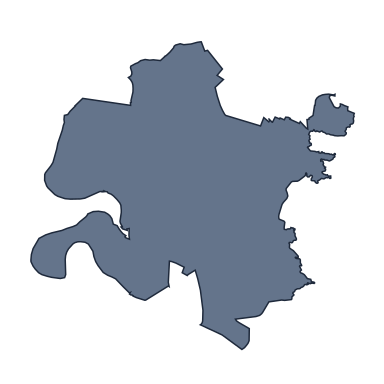 Tlacojalpan, Veracruz, Mexico (Natural Earth projection), rotated 277°
{"feature_id": "50627088B3891560925219", "entity_name": "Tlacojalpan", "entity_type": "district", "adm_level": 2, "iso_a3": "MEX", "parent_name": "Mexico", "parent_adm1": "Veracruz", "projection": "natural_earth1", "projection_center": [-95.942, 18.194], "detail": "fine", "context": "isolated", "style": "filled", "palette": "slate", "viewbox_px": 384, "rotation_deg": 277, "n_neighbors": 0, "source": "geoboundaries", "source_scale": "gbopen_adm2", "svg_char_len": 6060}
<svg xmlns="http://www.w3.org/2000/svg" viewBox="0 0 384 384"><g transform="rotate(277 192 192)"><path d="M120.1,317.1L123.6,313.6L124.6,311.6L124.9,310.0L125.8,309.0L126.5,309.0L127.9,310.1L131.3,307.8L132.0,308.0L132.2,309.7L132.6,309.8L134.8,308.2L137.8,307.8L138.6,307.2L138.8,306.5L138.7,304.1L139.1,302.8L139.7,302.5L139.9,302.7L139.8,305.2L140.2,305.4L141.3,305.2L146.1,299.8L148.0,296.0L149.0,295.4L151.8,295.3L152.8,294.6L153.7,294.7L154.0,295.7L153.7,296.7L154.1,297.8L156.1,298.6L156.6,299.6L156.8,301.0L157.7,301.4L158.6,301.2L161.0,299.6L163.5,299.3L164.0,298.4L164.5,298.1L165.5,298.0L166.0,298.4L166.7,297.5L167.0,297.6L167.1,298.6L167.7,298.8L168.7,296.5L168.4,296.2L168.8,294.5L167.8,294.2L167.3,293.7L167.1,292.0L166.8,291.0L166.1,290.3L166.2,288.2L167.6,287.8L173.3,287.8L174.3,286.8L175.6,282.0L176.4,281.4L178.6,281.0L180.6,281.1L190.7,282.9L192.9,284.0L197.1,286.9L199.7,287.6L202.6,286.6L205.4,285.1L207.0,285.1L214.1,289.4L214.8,290.6L215.6,295.4L216.6,296.9L221.6,302.0L222.6,302.6L224.5,302.6L224.8,303.0L224.3,303.6L221.8,304.1L221.1,304.9L221.2,306.3L223.1,307.8L222.9,309.0L222.3,309.5L221.3,309.6L219.7,308.8L218.2,308.9L217.9,309.4L218.0,312.4L216.5,313.4L215.9,314.7L216.1,315.6L216.6,316.0L217.9,315.5L218.6,315.6L219.4,317.1L221.2,318.8L221.1,321.4L222.7,323.4L222.6,324.7L223.1,325.7L223.0,326.2L222.3,326.9L222.4,327.8L222.7,328.1L224.8,327.7L224.4,325.6L224.8,324.8L225.6,324.3L225.2,322.9L225.6,321.8L225.7,320.5L227.0,318.7L228.0,318.8L229.1,321.6L230.2,321.9L231.0,321.8L231.9,320.7L232.9,321.5L233.3,320.3L235.0,318.8L236.4,319.1L238.5,318.2L238.7,316.9L238.3,316.1L239.4,315.8L240.1,315.9L240.5,316.5L240.2,317.5L240.4,319.1L239.9,319.9L240.1,322.2L239.6,324.1L239.6,324.7L240.2,325.7L241.8,327.8L243.5,328.3L244.0,329.3L244.6,329.5L245.7,328.8L246.8,329.7L247.4,329.5L247.6,329.0L246.1,327.5L246.0,327.0L246.6,325.5L246.1,324.3L246.7,323.3L246.4,319.2L247.1,318.2L246.7,317.2L247.7,316.3L247.5,315.6L246.4,315.4L246.2,314.8L246.4,313.2L247.6,312.9L246.9,310.8L247.3,309.2L247.2,304.8L247.5,304.2L250.4,301.2L250.8,301.3L251.3,302.6L252.2,303.1L252.7,304.3L253.3,304.7L254.6,304.4L254.9,304.0L255.0,302.7L255.8,302.7L257.0,301.8L257.8,301.9L258.8,302.8L260.2,302.0L262.2,302.2L263.3,300.8L265.8,301.5L266.9,302.6L267.0,304.4L268.7,305.3L268.6,305.7L267.6,306.2L267.1,307.2L267.1,307.7L267.8,308.4L267.1,311.4L268.3,313.0L268.3,313.8L267.4,314.8L267.2,316.4L266.0,318.4L266.3,320.7L265.7,322.4L265.6,325.7L265.3,326.3L265.4,329.8L266.1,333.3L266.3,336.1L267.7,337.5L268.6,338.0L269.7,337.8L270.6,336.6L271.6,336.7L272.7,337.4L274.6,337.4L275.7,339.0L275.6,340.6L276.6,341.0L278.0,340.6L278.7,341.5L279.2,343.0L280.2,343.7L282.3,343.8L284.2,343.2L285.8,343.3L286.7,343.7L287.9,343.1L289.8,343.5L291.7,336.7L293.7,336.3L295.5,336.4L296.3,332.9L297.2,330.5L297.5,328.5L295.1,328.7L293.2,327.1L293.1,324.8L294.0,322.6L302.3,316.8L304.2,316.9L305.1,318.8L304.7,322.1L306.4,322.0L305.6,320.6L305.8,315.7L305.1,312.3L304.3,309.6L302.3,306.2L300.4,304.5L298.1,303.5L293.0,303.6L292.9,303.1L282.7,302.8L279.5,299.1L278.4,299.2L277.9,297.3L268.6,299.2L269.2,297.8L275.0,290.9L273.1,290.2L276.2,280.2L277.0,280.6L277.8,278.5L277.7,275.9L274.9,274.8L276.2,270.4L275.2,270.1L276.5,265.4L271.1,263.4L271.2,262.8L274.3,258.9L272.9,260.5L271.0,259.7L274.6,254.2L265.9,252.0L272.1,216.1L273.0,215.0L276.6,212.4L281.3,209.5L290.2,205.4L298.7,202.2L307.5,209.5L310.8,202.7L317.8,207.2L334.5,190.2L333.4,187.5L342.2,182.9L342.0,181.8L341.2,178.9L338.8,173.1L337.2,165.9L337.7,162.2L335.8,157.7L334.5,156.5L332.8,156.1L328.1,153.0L324.3,149.8L323.3,148.4L323.1,148.5L318.6,144.6L318.5,137.5L317.7,134.0L317.8,129.3L316.1,125.0L313.7,122.5L312.5,120.2L309.4,115.9L307.8,115.8L303.9,117.6L301.7,117.9L299.5,117.1L297.9,114.9L295.9,117.4L293.3,119.4L290.9,120.3L287.5,120.9L284.0,121.2L275.4,120.3L273.7,120.8L273.4,120.6L273.3,120.0L270.5,120.5L271.6,72.1L263.3,65.4L263.1,65.7L257.3,61.2L253.7,59.2L252.5,56.0L248.4,56.1L245.3,56.9L242.4,56.2L237.4,55.7L224.0,52.9L218.1,52.5L204.4,50.4L200.7,48.7L193.2,44.2L191.4,43.7L185.6,44.3L180.3,47.0L178.5,48.6L172.8,56.1L171.4,59.3L169.9,66.8L170.1,72.2L171.5,82.0L172.8,86.4L181.3,100.6L181.3,102.2L181.6,102.6L181.2,102.9L182.0,104.1L181.4,104.6L181.9,105.3L182.2,105.1L181.8,106.4L181.9,107.8L180.8,108.8L180.0,112.0L178.5,114.6L175.4,118.5L172.3,121.7L170.2,123.0L165.5,124.0L162.9,124.3L154.2,124.1L152.4,124.7L149.0,127.1L148.6,125.8L146.9,127.7L146.0,132.4L147.4,131.9L148.1,134.1L141.4,134.7L137.5,135.7L138.4,132.1L139.3,130.9L140.6,131.7L142.3,128.4L144.0,126.5L146.5,124.1L149.5,121.8L150.5,117.8L155.8,115.7L158.5,113.3L159.9,111.1L161.3,107.8L161.5,101.5L160.5,96.3L157.5,91.2L156.1,90.8L154.3,89.6L148.8,84.3L145.2,81.5L143.2,78.1L140.6,72.3L138.0,67.6L134.4,57.9L131.6,52.0L127.3,45.8L116.5,41.2L110.5,40.2L104.9,40.4L103.2,40.7L99.1,43.3L96.4,45.8L93.2,49.6L91.7,53.1L90.7,58.7L90.2,63.1L90.1,71.8L91.5,76.0L94.6,76.7L109.5,74.4L113.5,74.3L117.2,75.0L120.6,76.4L125.9,80.1L127.4,81.8L128.7,84.8L129.1,87.8L129.1,92.0L127.7,95.5L121.1,100.9L116.0,102.5L111.2,104.9L107.4,107.8L101.3,113.7L99.1,118.5L97.9,122.9L96.5,126.8L89.3,135.6L84.2,142.2L84.7,143.0L83.1,142.4L82.4,143.8L82.4,145.1L81.9,146.3L81.5,146.2L80.4,149.7L78.8,158.4L79.1,159.3L95.8,180.0L95.4,180.8L99.5,179.5L120.6,178.0L120.5,180.3L119.5,184.7L116.4,193.4L110.7,192.1L108.5,197.5L109.6,198.2L114.8,204.7L106.5,208.3L95.6,212.3L75.9,217.3L65.3,218.3L63.6,218.1L61.7,217.1L61.2,216.5L53.8,239.3L41.8,260.7L43.9,263.1L46.5,264.8L48.6,266.0L51.3,266.8L63.4,265.5L68.1,254.5L69.5,251.9L71.1,250.6L76.2,270.7L77.8,274.2L79.6,275.9L81.1,276.8L92.3,281.7L95.7,294.2L95.7,297.1L97.3,303.7L97.9,304.1L100.3,304.0L101.9,305.6L102.5,305.6L103.7,304.4L104.6,304.5L105.6,305.9L107.4,306.4L108.8,308.5L109.1,310.6L109.4,311.0L110.5,311.9L111.2,313.3L112.2,314.3L113.7,315.0L114.0,315.5L113.9,317.3L114.5,318.5L115.0,318.5L115.3,317.6L116.0,318.0L115.3,320.4L116.0,321.1L115.9,322.1L116.3,322.7L116.1,324.3L116.7,324.8L117.4,324.1L117.5,321.5L119.8,320.5L120.1,317.1Z" fill="#64748b" stroke="#1e293b" stroke-width="1.5"/></g></svg>